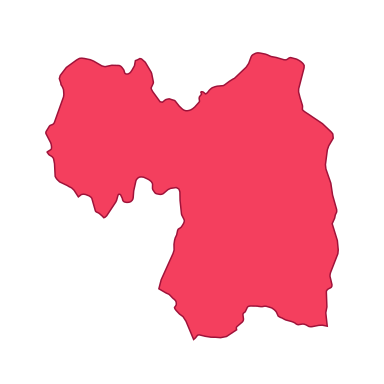 the border of Bamyan, rotated 97°
{"feature_id": "AFG-1743", "entity_name": "Bamyan", "entity_type": "Province", "adm_level": 1, "iso_a3": "AFG", "parent_name": "Afghanistan", "parent_adm1": "", "projection": "equal_earth", "projection_center": [67.218, 34.704], "detail": "fine", "context": "isolated", "style": "filled", "palette": "rose", "viewbox_px": 384, "rotation_deg": 97, "n_neighbors": 0, "source": "natural_earth", "source_scale": "10m", "svg_char_len": 4604}
<svg xmlns="http://www.w3.org/2000/svg" viewBox="0 0 384 384"><g transform="rotate(97 192 192)"><path d="M210.7,304.2L204.6,309.3L202.6,312.0L201.5,315.1L200.8,316.5L198.1,324.6L195.9,327.5L194.6,328.7L193.2,329.7L180.7,331.9L175.7,333.5L174.9,334.2L174.2,334.9L173.7,335.7L172.6,338.2L172.1,338.9L171.0,339.8L170.6,340.3L170.2,340.6L169.8,340.6L167.4,337.6L166.8,337.0L166.5,336.9L165.7,336.8L164.3,336.9L161.8,337.6L160.3,338.3L151.8,344.1L150.9,344.3L149.8,344.2L144.1,341.6L143.3,341.0L143.1,340.7L142.7,340.0L142.3,339.2L141.8,338.4L141.1,337.7L139.9,337.1L113.2,331.1L110.7,331.1L106.1,332.0L104.2,333.0L102.8,333.9L102.1,334.6L101.4,335.1L99.6,335.6L95.7,337.5L92.4,337.0L83.7,331.9L75.1,322.7L73.6,320.7L73.0,319.7L72.6,317.7L72.6,314.9L73.1,309.0L74.1,305.5L77.8,296.9L78.1,294.8L78.2,293.5L76.0,287.1L75.3,279.8L75.6,278.7L76.1,277.7L77.0,276.6L79.0,274.7L79.9,274.2L81.4,273.6L82.1,273.2L82.6,272.6L82.9,271.8L82.8,270.6L82.5,269.6L81.6,268.4L80.5,267.5L78.6,266.5L73.8,264.5L68.5,264.2L67.4,262.1L65.9,260.0L66.0,259.1L66.1,258.3L68.9,254.2L78.1,247.1L79.5,246.4L87.7,243.7L88.4,243.7L89.1,243.8L93.8,245.3L95.1,244.7L97.1,243.3L106.3,234.7L106.5,232.3L103.9,229.8L103.3,228.9L102.5,226.7L102.3,225.7L102.8,223.4L103.2,220.9L103.3,220.5L103.7,219.8L108.2,215.3L110.6,212.1L111.5,210.6L111.9,209.3L112.1,207.9L111.9,206.5L111.4,204.9L110.7,203.3L109.2,201.4L107.3,199.6L102.1,196.0L101.1,195.6L100.5,195.7L98.4,196.3L97.7,196.3L97.1,196.3L96.6,196.2L94.0,194.6L93.7,194.5L93.3,194.6L92.2,195.3L91.7,195.3L91.3,194.9L91.3,193.4L91.8,192.4L92.8,190.9L93.0,190.4L92.4,189.6L91.4,188.7L89.0,187.3L87.5,186.1L86.1,184.7L84.7,182.0L83.9,179.9L82.6,173.9L81.8,172.8L77.4,168.2L74.9,165.1L74.4,164.3L74.0,163.7L61.6,153.5L57.5,151.4L50.7,149.8L49.3,149.2L48.3,148.3L48.0,147.9L46.9,146.3L46.4,145.4L46.0,144.3L45.8,142.8L45.8,141.2L46.2,136.0L46.5,134.6L46.8,133.4L47.2,132.3L47.9,129.9L48.2,124.9L49.5,116.9L49.5,115.6L49.2,114.5L48.7,113.6L47.3,112.2L46.9,111.5L46.6,110.8L46.6,110.0L47.3,104.8L47.6,103.7L48.6,101.2L49.3,99.9L50.0,98.8L51.0,97.5L51.9,96.7L52.8,96.1L55.2,95.9L76.6,98.7L79.7,98.4L84.9,96.4L92.5,93.0L93.6,92.7L96.6,92.5L97.5,91.7L98.5,90.1L108.3,70.8L115.7,60.8L117.3,59.3L121.4,58.4L129.5,61.9L133.6,62.8L148.6,62.9L152.8,61.9L166.3,55.3L177.9,52.1L191.8,46.3L193.5,46.0L194.8,46.1L195.7,46.5L197.5,47.0L200.5,47.2L206.4,49.0L222.5,41.8L231.7,39.8L235.5,39.7L255.2,44.7L257.2,44.9L258.8,44.8L266.9,41.8L268.4,41.7L269.5,42.1L270.2,42.8L271.5,44.8L272.3,45.6L273.5,46.4L274.7,46.5L289.6,44.1L295.6,44.5L308.7,41.4L308.3,46.5L308.9,49.9L311.1,56.6L311.3,58.2L311.2,59.7L310.0,62.5L309.5,64.6L309.6,66.3L310.8,70.4L310.6,71.7L310.1,72.9L309.5,73.8L308.9,75.4L308.4,77.5L307.6,83.2L307.1,84.8L306.1,87.2L305.7,89.0L304.7,91.3L300.9,93.6L300.0,94.5L299.0,95.7L298.3,96.9L297.4,98.6L297.1,100.0L296.4,104.2L296.4,105.4L296.6,106.5L297.0,107.5L297.3,108.6L297.4,109.7L297.4,110.9L297.4,112.1L297.3,113.3L298.0,120.0L298.4,121.5L298.9,122.4L299.7,123.0L304.2,124.5L304.8,124.9L305.2,125.4L305.8,126.0L306.5,126.4L307.3,126.5L308.4,126.3L311.8,125.4L312.9,125.4L314.0,125.7L315.0,126.3L320.2,131.1L320.9,131.4L321.7,131.4L322.3,131.3L323.3,130.9L331.2,140.1L333.1,145.9L333.3,151.0L333.8,155.4L333.6,161.3L332.9,167.4L333.2,168.4L333.6,169.1L336.4,170.8L338.2,172.4L321.0,182.2L316.8,185.7L314.6,189.6L311.5,193.3L309.9,194.8L308.7,195.3L307.0,194.3L305.9,193.9L304.6,194.0L302.9,194.4L301.8,195.2L300.8,196.4L299.8,198.0L296.8,201.7L296.2,202.7L295.5,205.2L292.1,213.1L282.9,211.9L255.3,203.3L251.8,202.7L246.1,203.5L241.9,203.4L239.4,203.0L236.5,202.0L231.9,201.6L230.7,201.2L229.9,200.4L229.2,199.4L228.0,198.3L225.1,196.9L223.4,196.3L222.0,196.1L221.1,196.2L220.2,196.6L216.0,199.4L215.0,199.8L201.9,202.8L193.5,204.0L192.3,204.5L190.8,205.3L190.3,206.1L189.5,208.2L191.0,213.7L192.6,216.2L197.1,220.3L197.9,221.7L198.3,223.3L198.1,226.7L197.8,227.9L197.3,228.7L194.7,231.0L194.0,231.4L193.1,231.7L189.1,232.1L188.1,232.5L187.2,233.2L186.4,234.0L185.7,235.1L184.9,236.6L184.2,238.6L183.2,241.8L183.2,244.2L183.6,245.9L184.4,247.1L185.4,247.9L186.4,248.6L187.5,249.0L198.0,250.0L204.6,249.7L206.1,249.8L207.4,250.3L209.0,251.6L209.7,252.9L210.1,254.3L210.3,255.6L210.2,256.8L210.1,257.9L209.7,258.7L209.2,259.3L208.6,259.7L208.0,260.0L206.8,260.4L203.5,262.5L203.1,263.3L203.1,264.3L203.6,264.8L204.4,265.1L209.3,265.8L211.2,266.4L226.0,273.8L227.7,275.3L228.3,276.4L226.8,278.2L224.6,281.4L224.1,282.5L223.5,284.4L223.1,285.1L222.5,285.6L210.4,290.7L209.3,291.9L208.4,293.6L207.4,297.6L207.4,299.7L208.0,301.5L210.7,304.2Z" fill="#f43f5e" stroke="#9f1239" stroke-width="1.5"/></g></svg>